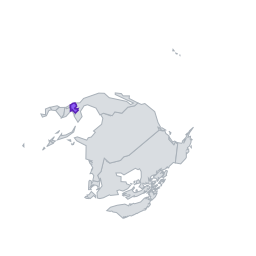 where Guatemala sits in North America, rotated 136°
{"feature_id": "GTM", "entity_name": "Guatemala", "entity_type": "country or territory", "adm_level": 0, "iso_a3": "GTM", "parent_name": "North America", "parent_adm1": "", "projection": "orthographic", "projection_center": [-90.227, 15.776], "detail": "fine", "context": "in_parent", "style": "filled", "palette": "violet", "viewbox_px": 256, "rotation_deg": 136, "n_neighbors": 17, "source": "natural_earth", "source_scale": "50m", "svg_char_len": 9573}
<svg xmlns="http://www.w3.org/2000/svg" viewBox="0 0 256 256"><g transform="rotate(136 128 128)"><path d="M107.1,104.9L105.1,101.7L103.4,100.5L104.6,97.8L104.0,93.9L106.5,91.3L106.6,84.1L103.8,85.0L103.2,82.1L118.2,70.0L119.3,71.7L124.9,71.8L126.5,71.0L126.7,72.6L128.3,71.9L127.5,72.8L129.9,72.7L133.4,74.5L133.9,75.3L132.4,75.8L133.7,76.2L136.7,76.2L137.2,77.1L138.4,76.4L137.9,75.8L138.6,75.4L140.3,75.3L143.6,77.1L146.2,77.1L146.3,76.2L147.1,76.0L148.3,76.5L148.1,77.8L150.0,75.4L148.4,74.0L148.7,72.5L149.7,71.6L151.3,72.4L152.2,73.9L151.5,74.6L153.0,74.9L153.0,76.2L154.0,75.2L155.1,76.0L154.9,77.1L155.8,78.0L157.1,75.8L156.9,74.3L159.2,74.5L160.4,75.2L160.2,76.6L161.0,78.0L157.3,78.9L156.0,81.5L152.7,83.3L148.8,87.5L148.0,90.7L149.7,91.0L150.7,93.9L163.5,97.1L164.2,100.4L167.9,104.0L169.2,101.5L166.8,97.8L170.3,94.3L166.9,90.6L167.8,88.8L166.0,85.0L170.3,84.5L175.5,86.2L177.3,89.5L179.6,90.6L181.2,86.8L187.5,91.7L187.7,92.8L194.2,94.9L197.4,96.9L198.6,98.8L195.2,103.1L186.9,104.3L182.5,111.4L189.5,105.9L191.0,106.7L190.2,108.1L192.4,111.4L194.6,112.2L196.8,111.5L197.3,109.2L199.2,111.1L193.0,116.9L191.8,116.9L191.2,115.2L193.2,113.3L189.3,114.1L187.1,110.4L184.8,109.9L182.8,115.0L177.7,115.4L166.4,122.8L165.2,122.2L166.5,118.9L165.5,115.4L156.0,109.9L151.1,110.2L146.4,107.7L107.1,104.9ZM159.8,85.0L160.4,84.3L161.9,84.2L160.8,85.4L159.8,85.0ZM160.2,70.4L159.2,69.4L162.5,70.2L161.1,70.3L160.2,70.4ZM164.6,86.1L164.0,85.0L164.8,85.3L164.6,86.1ZM151.2,67.9L150.9,68.4L149.3,68.0L150.6,67.2L151.2,67.9ZM151.5,65.1L150.3,65.0L150.3,64.7L151.2,64.8L151.5,65.1ZM149.6,63.6L150.8,64.1L149.8,64.7L149.6,63.6ZM159.4,67.9L151.9,68.1L151.3,66.4L149.6,65.9L152.5,65.9L153.8,67.2L158.3,67.0L159.4,67.9ZM142.9,64.0L144.1,64.2L142.3,64.3L142.9,64.0ZM144.1,63.2L144.7,63.6L143.3,63.6L144.1,63.2ZM199.6,100.3L199.6,103.2L204.2,103.5L204.6,104.9L205.2,104.4L206.9,106.4L207.3,108.1L205.8,108.1L204.8,106.4L204.1,108.3L202.4,107.1L198.5,107.8L198.1,101.7L199.6,100.3ZM157.3,80.1L161.9,82.6L163.4,82.9L160.3,82.5L158.1,84.1L156.3,83.4L157.3,80.1ZM159.8,71.4L161.5,70.4L169.1,72.7L171.5,74.3L170.5,75.0L177.6,76.8L177.7,79.7L174.1,78.0L173.1,78.3L173.4,79.1L178.4,82.1L178.7,83.2L174.3,82.0L178.3,84.5L175.3,84.2L168.0,81.2L164.6,81.6L164.9,80.4L168.4,80.0L168.4,77.3L167.4,76.2L161.9,73.7L154.4,73.6L153.8,73.2L154.5,72.6L153.5,72.6L153.2,71.3L154.4,69.7L156.0,69.3L155.6,70.1L156.3,70.9L158.3,69.3L159.7,70.5L159.8,71.4ZM149.5,69.7L151.9,69.0L153.1,69.3L149.6,71.5L149.5,69.7ZM136.4,65.3L139.6,64.2L141.0,64.2L139.5,65.3L136.4,65.3ZM100.4,94.7L102.5,93.9L100.9,95.7L100.8,97.3L100.4,94.7ZM146.9,63.0L148.6,63.6L148.7,64.6L146.5,64.0L147.0,63.7L146.9,63.0ZM105.8,105.6L103.4,104.6L102.3,100.4L104.8,101.9L105.8,105.6ZM133.1,67.1L136.9,67.8L137.4,68.8L134.2,69.6L132.3,70.8L130.1,71.1L129.5,69.7L132.9,67.8L133.1,67.1ZM143.4,65.4L144.5,67.1L140.1,67.9L139.4,67.5L141.0,67.1L137.9,66.7L140.3,65.5L142.7,66.9L142.6,65.8L143.4,65.4ZM141.4,69.7L143.1,70.4L142.8,72.5L144.7,74.5L143.3,74.6L143.2,75.6L140.7,74.8L134.5,75.1L132.9,72.9L136.7,72.8L133.0,72.1L133.1,71.6L135.0,71.3L133.1,70.7L137.4,69.0L137.9,69.3L137.1,69.8L140.3,69.8L140.6,71.5L141.2,71.0L141.4,69.7ZM146.4,70.5L145.9,69.7L148.7,69.3L148.0,70.2L148.9,70.8L148.6,71.9L147.3,72.4L144.9,70.7L146.4,70.5ZM142.8,69.2L143.7,69.2L144.1,69.5L143.1,70.3L142.8,69.2ZM146.6,66.2L149.2,66.4L148.6,67.8L146.3,67.1L146.6,66.2ZM150.7,62.4L152.5,61.3L155.1,63.2L153.8,64.3L152.0,64.2L151.6,63.8L152.0,63.2L150.7,62.4ZM152.8,60.7L156.2,59.5L161.2,59.5L160.6,60.7L161.3,60.6L160.8,62.4L158.8,63.0L159.4,63.1L159.2,63.3L159.9,63.8L158.5,65.3L159.6,65.7L158.5,66.5L153.6,66.3L154.5,65.5L154.2,64.7L155.8,65.1L154.3,64.2L155.4,63.2L154.5,62.3L156.4,62.0L154.2,62.0L152.8,60.7ZM166.2,77.2L164.9,77.8L164.4,77.1L165.2,76.1L166.2,77.2ZM147.1,73.9L148.8,75.3L148.3,75.8L145.6,74.8L147.1,73.9ZM189.7,104.6L192.0,104.6L193.9,105.5L191.3,105.3L189.7,104.6ZM192.5,109.8L193.3,110.7L195.7,110.6L194.9,111.7L192.8,111.1L192.5,109.8Z" fill="#d9dde1" stroke="#a8b0b8" stroke-width="1"/><path d="M107.1,104.9L146.4,107.7L151.1,110.2L156.0,109.9L165.5,115.4L166.0,122.8L177.7,115.4L182.8,115.0L184.8,109.9L187.1,110.4L189.8,114.7L185.7,117.4L185.3,120.2L187.0,121.5L181.2,123.5L184.1,123.2L180.9,123.9L180.0,127.7L178.8,126.6L180.0,128.9L178.9,131.5L177.5,127.5L177.9,129.7L176.7,129.4L179.8,135.0L170.4,144.4L173.8,154.4L173.4,158.2L170.6,156.8L166.1,147.9L163.3,148.6L160.7,147.0L154.5,147.6L154.9,149.8L144.4,149.0L139.3,152.5L138.3,157.0L135.4,155.7L132.1,148.8L126.3,148.7L122.1,142.9L113.7,143.1L107.7,139.3L103.5,139.2L102.0,135.6L98.9,133.9L97.4,121.2L102.6,111.1L104.0,106.0L105.9,106.6L105.7,108.5L107.1,104.9ZM118.2,70.0L103.2,82.1L103.8,85.0L106.6,84.1L106.5,91.3L104.6,93.0L105.5,86.9L103.5,86.2L102.8,83.5L100.1,79.8L99.0,79.8L98.0,80.8L94.5,80.9L98.7,78.3L93.6,80.0L93.1,80.9L91.3,81.6L85.5,83.3L80.3,83.1L87.2,81.8L91.3,79.7L88.8,78.6L91.1,76.7L91.2,75.2L92.9,73.8L94.1,73.3L96.5,72.3L98.9,72.6L99.8,71.7L100.8,71.5L98.9,70.8L100.7,68.7L103.3,68.7L103.2,69.8L106.4,66.4L107.6,66.0L115.0,65.6L118.2,70.0ZM96.2,69.7L96.3,70.1L95.8,71.1L95.0,71.2L96.2,69.7ZM41.2,151.4L42.2,152.4L41.0,153.3L41.2,151.4ZM41.7,148.3L41.5,149.3L41.5,148.4L41.7,148.3ZM41.3,147.5L41.5,148.1L41.1,147.7L41.3,147.5ZM40.6,146.8L41.0,147.1L40.9,147.1L40.6,146.8ZM40.2,144.1L40.0,144.9L39.9,144.3L40.2,144.1ZM90.0,75.0L90.7,75.4L90.0,75.9L90.0,75.0ZM89.9,82.4L91.5,83.0L89.2,83.1L89.9,82.4Z" fill="#d9dde1" stroke="#a8b0b8" stroke-width="1"/><path d="M192.2,169.3L192.6,173.1L186.9,172.9L191.2,171.8L189.2,169.1L192.2,169.3Z" fill="#d9dde1" stroke="#a8b0b8" stroke-width="1"/><path d="M193.4,174.1L192.4,168.9L199.4,171.1L194.7,172.0L193.4,174.1Z" fill="#d9dde1" stroke="#a8b0b8" stroke-width="1"/><path d="M176.2,155.3L178.2,154.2L178.3,154.8L176.2,155.3ZM178.3,153.8L179.9,154.7L179.7,156.3L179.3,154.9L178.3,153.8ZM177.5,159.4L178.5,158.0L179.5,161.1L177.5,159.4Z" fill="#d9dde1" stroke="#a8b0b8" stroke-width="1"/><path d="M164.7,58.8L164.7,57.7L166.4,57.1L168.7,57.1L168.3,58.2L170.6,57.7L171.7,58.1L170.9,57.1L172.6,57.0L174.2,58.4L174.6,58.2L177.2,59.2L179.6,59.9L181.1,60.2L181.3,60.9L182.8,61.0L184.6,61.6L184.5,61.8L186.6,62.3L187.6,63.8L190.2,64.6L189.2,64.9L191.7,65.2L193.4,65.9L193.3,66.4L190.8,65.8L192.2,66.4L192.9,67.2L194.3,66.5L195.0,75.2L197.2,78.1L197.3,79.5L198.8,80.5L200.7,83.3L195.7,83.2L189.4,79.9L183.1,75.4L181.6,71.5L179.7,72.4L178.3,70.9L180.4,70.8L176.4,70.1L175.9,68.9L170.3,66.0L164.9,66.1L162.7,65.2L164.6,64.6L161.1,64.2L163.2,62.6L163.0,62.2L161.7,62.0L162.5,60.6L161.9,60.3L164.2,59.2L166.8,59.4L164.7,58.8Z" fill="#d9dde1" stroke="#a8b0b8" stroke-width="1"/><path d="M103.5,139.2L107.7,139.3L113.7,143.1L122.1,142.9L126.3,148.7L130.8,147.8L135.4,155.7L139.1,156.9L137.2,164.6L141.0,172.9L144.2,174.5L150.7,173.0L153.1,168.1L160.0,166.9L158.4,174.3L151.6,175.4L150.6,176.6L152.7,179.3L149.9,179.3L148.8,182.8L145.2,179.6L139.4,180.1L124.8,173.4L120.9,169.4L120.5,162.9L110.5,148.0L109.8,143.0L106.7,142.1L113.9,161.0L112.8,162.1L108.9,157.4L109.2,154.5L104.7,150.1L106.7,148.5L103.5,139.2Z" fill="#d9dde1" stroke="#a8b0b8" stroke-width="1"/><path d="M182.0,195.3L180.9,198.6L178.1,194.8L174.2,199.0L169.8,197.2L169.6,194.0L172.9,195.5L178.2,193.5L182.0,195.3Z" fill="#d9dde1" stroke="#a8b0b8" stroke-width="1"/><path d="M170.4,193.8L169.5,196.9L163.5,193.2L162.8,191.0L167.9,190.8L170.4,193.8Z" fill="#d9dde1" stroke="#a8b0b8" stroke-width="1"/><path d="M167.9,190.8L163.3,190.6L158.9,186.5L164.9,182.1L168.8,181.5L167.9,190.8Z" fill="#d9dde1" stroke="#a8b0b8" stroke-width="1"/><path d="M168.8,181.5L164.9,182.1L159.7,186.3L155.2,183.1L158.3,179.8L164.7,179.4L168.8,181.5Z" fill="#d9dde1" stroke="#a8b0b8" stroke-width="1"/><path d="M155.2,183.1L158.8,184.5L158.4,186.0L153.5,184.7L155.2,183.1Z" fill="#d9dde1" stroke="#a8b0b8" stroke-width="1"/><path d="M155.6,175.4L157.8,174.1L156.1,179.8L155.4,179.8L155.6,175.4Z" fill="#d9dde1" stroke="#a8b0b8" stroke-width="1"/><path d="M201.8,171.1L204.9,171.4L201.8,172.4L201.8,171.1Z" fill="#d9dde1" stroke="#a8b0b8" stroke-width="1"/><path d="M178.8,173.7L181.8,173.1L183.3,174.2L178.8,173.7Z" fill="#d9dde1" stroke="#a8b0b8" stroke-width="1"/><path d="M169.8,162.9L178.0,164.0L187.1,168.5L179.7,170.0L181.0,168.6L177.4,166.1L170.9,164.1L164.3,166.0L169.8,162.9Z" fill="#d9dde1" stroke="#a8b0b8" stroke-width="1"/><path d="M214.1,188.8L216.0,186.7L216.1,188.4L214.1,188.8Z" fill="#d9dde1" stroke="#a8b0b8" stroke-width="1"/><path d="M148.8,182.8L148.9,182.7L149.0,182.5L148.9,182.3L148.9,182.2L149.0,182.0L149.0,181.8L149.1,181.7L148.9,181.2L149.2,180.6L149.4,180.2L149.7,179.6L149.9,179.3L150.6,179.3L151.0,179.3L151.6,179.3L152.2,179.3L152.6,179.3L152.7,179.1L152.7,178.9L152.8,178.7L152.7,178.5L152.5,178.4L152.3,178.3L152.3,178.2L152.2,177.9L151.9,177.7L151.6,177.5L151.3,177.3L151.1,177.0L150.9,176.8L150.7,176.7L151.1,176.6L151.6,176.7L151.6,176.2L151.6,175.8L151.6,175.4L152.4,175.4L153.3,175.4L154.3,175.4L155.1,175.4L155.5,175.4L155.5,175.9L155.5,176.6L155.5,177.0L155.5,177.7L155.4,178.3L155.4,179.2L155.4,179.7L155.4,179.8L155.7,179.7L156.1,179.8L156.1,179.7L156.3,179.8L156.6,179.9L156.8,180.0L156.9,179.8L156.9,179.7L157.6,180.1L157.3,180.4L156.9,180.7L156.6,181.0L156.3,181.2L156.0,181.4L156.0,181.5L155.6,181.6L155.5,182.0L155.4,182.1L155.5,182.3L155.6,182.5L155.3,182.9L155.2,183.0L154.8,183.1L154.7,183.1L154.7,183.3L154.7,183.5L154.4,183.7L154.3,183.9L154.2,183.9L154.0,184.0L153.9,184.1L153.6,184.3L153.5,184.6L152.7,184.3L152.4,184.2L151.2,184.2L150.7,184.1L150.1,183.8L149.7,183.5L148.8,182.8Z" fill="#8b5cf6" stroke="#5b21b6" stroke-width="1.5"/></g></svg>